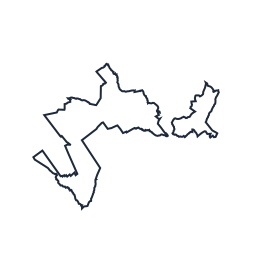 Sanctórum de Lázaro Cárdenas, Tlaxcala, Mexico (Albers equal-area conic projection), rotated 224°
{"feature_id": "50627088B96340121149658", "entity_name": "Sanctórum de Lázaro Cárdenas", "entity_type": "district", "adm_level": 2, "iso_a3": "MEX", "parent_name": "Mexico", "parent_adm1": "Tlaxcala", "projection": "albers", "projection_center": [-98.463, 19.523], "detail": "fine", "context": "isolated", "style": "outline", "palette": "slate", "viewbox_px": 256, "rotation_deg": 224, "n_neighbors": 0, "source": "geoboundaries", "source_scale": "gbopen_adm2", "svg_char_len": 5861}
<svg xmlns="http://www.w3.org/2000/svg" viewBox="0 0 256 256"><g transform="rotate(224 128 128)"><path d="M103.9,49.9L105.5,51.6L105.6,52.4L106.4,54.3L106.9,55.3L107.1,56.0L107.5,56.5L107.9,58.0L108.6,58.5L109.1,59.9L110.7,61.6L111.1,63.4L111.5,63.7L111.8,64.5L112.6,65.4L113.3,66.1L113.8,66.3L114.4,67.1L115.1,67.7L115.3,68.0L115.2,68.7L115.6,68.5L117.7,73.1L120.2,79.9L152.7,87.2L150.0,105.4L150.5,107.6L150.4,113.5L149.8,114.7L142.0,113.3L139.9,116.4L138.2,120.8L137.4,122.5L132.5,121.9L128.1,120.9L126.7,124.2L125.9,123.9L123.9,130.8L123.3,132.5L122.4,132.6L122.3,133.2L121.6,133.5L121.7,133.9L121.2,134.5L121.2,134.9L120.8,135.6L119.4,135.6L117.8,136.3L117.8,136.7L117.0,137.0L116.4,137.0L116.2,136.6L115.5,136.9L115.0,136.9L114.4,137.7L114.0,137.6L113.8,137.8L113.7,138.0L114.0,138.8L113.0,139.2L112.8,139.7L112.6,139.7L111.7,140.9L111.3,140.7L110.9,140.8L111.0,141.2L110.1,140.9L109.9,141.2L108.5,141.3L108.1,141.6L106.9,141.3L106.2,141.6L105.5,141.5L103.5,141.8L102.6,142.1L101.4,142.8L100.9,143.4L100.6,144.1L100.0,144.6L99.8,145.0L99.7,146.1L99.4,146.7L98.3,147.3L97.4,147.6L96.3,148.7L96.1,148.7L95.7,148.5L94.9,148.6L94.2,149.1L94.0,150.0L94.6,150.1L95.2,150.6L95.6,150.6L96.2,150.2L97.3,150.6L97.7,150.2L98.1,150.1L104.5,151.2L109.5,151.8L110.9,154.2L111.5,157.0L111.9,155.9L116.0,155.6L114.9,158.8L115.4,158.8L117.4,159.9L115.8,161.1L116.8,161.7L117.8,161.3L118.8,160.2L119.1,160.4L119.7,162.6L120.1,163.3L120.9,164.0L122.0,164.3L123.6,164.3L126.8,164.0L127.7,163.2L128.2,162.1L129.7,160.9L130.0,160.9L130.6,160.4L130.8,159.7L131.1,160.0L131.7,160.0L132.2,160.8L132.7,161.3L133.3,161.6L133.6,161.5L134.5,162.4L135.0,162.5L136.1,162.5L137.2,163.4L138.0,163.0L139.2,163.1L140.8,163.7L141.2,164.1L142.6,164.9L144.1,165.0L144.7,163.3L145.2,163.3L145.5,162.4L148.3,158.4L149.2,159.6L149.4,159.2L150.1,158.9L151.4,157.5L153.0,154.9L153.9,154.0L154.8,152.5L156.3,151.9L157.1,150.9L157.8,150.4L160.1,150.2L161.4,150.3L162.1,150.8L163.4,151.2L164.1,151.8L165.2,152.8L167.5,153.5L168.4,155.1L169.6,155.9L170.0,156.8L171.1,157.0L171.2,157.5L171.4,157.7L172.0,157.9L173.1,157.8L173.5,158.6L174.1,158.1L174.9,158.3L174.8,157.9L175.3,157.3L175.9,157.1L176.2,157.5L177.0,157.4L177.4,157.7L177.5,158.2L178.3,158.0L179.3,158.2L180.2,157.9L181.3,158.3L182.6,158.3L185.3,159.4L185.7,159.2L186.4,159.9L187.0,159.3L187.9,159.4L188.1,158.9L187.8,157.3L188.0,156.4L187.5,156.1L187.7,154.4L188.6,153.0L189.9,146.7L188.8,146.5L175.4,145.3L175.3,144.6L175.6,144.2L175.5,143.9L175.9,143.5L176.4,142.6L176.0,142.2L176.0,140.7L176.6,139.3L168.4,130.5L166.9,123.3L166.8,122.3L172.3,118.8L172.9,119.2L173.5,119.2L174.0,118.9L174.6,119.0L174.9,118.7L176.9,118.4L178.1,118.0L179.3,117.2L180.2,116.0L181.0,115.6L182.4,115.5L182.9,115.0L184.1,114.6L185.4,113.7L185.5,113.1L186.4,112.5L186.8,112.5L187.5,112.2L188.7,111.3L189.5,111.0L190.0,110.4L190.1,109.8L190.4,109.7L190.5,108.8L191.0,108.6L191.1,108.1L191.8,107.6L191.4,107.5L189.0,108.4L188.9,107.7L187.7,106.7L189.1,104.2L189.1,102.9L190.2,101.2L186.9,97.8L186.4,96.9L190.8,93.0L190.8,92.2L190.0,89.7L197.2,79.1L171.2,75.1L170.8,75.7L170.0,75.3L169.7,76.2L162.3,75.3L161.3,75.6L157.4,76.0L158.7,75.2L160.1,73.9L160.9,71.5L152.5,67.9L132.6,59.8L132.9,57.7L135.6,58.7L135.9,53.8L137.6,54.1L138.0,50.8L139.7,51.1L139.9,49.5L141.1,49.7L141.4,47.6L142.2,47.8L143.0,46.5L173.9,52.3L175.8,41.3L173.1,40.5L157.8,43.6L154.5,43.2L153.4,43.4L150.9,43.4L150.2,43.5L149.3,44.0L148.3,44.2L147.9,45.1L146.3,44.8L146.2,43.6L145.9,42.5L145.6,42.2L144.6,42.0L144.0,41.2L143.6,41.2L143.1,41.6L141.2,41.4L140.8,41.0L140.3,40.2L139.7,40.0L138.2,40.1L136.8,39.8L136.4,39.9L135.6,40.9L134.0,40.8L132.7,42.0L132.3,41.8L131.8,42.0L131.3,41.8L130.5,43.4L130.2,43.5L129.5,43.2L128.5,43.7L128.1,43.5L127.6,42.9L126.8,43.2L126.3,42.9L126.1,43.7L125.9,44.0L125.7,44.0L125.3,44.0L124.8,43.5L123.5,43.3L123.1,43.0L122.5,43.2L121.9,43.0L121.7,42.7L120.0,42.7L119.6,42.3L119.1,42.2L118.2,41.6L116.7,40.5L115.4,40.1L115.1,40.0L114.4,40.5L113.9,40.5L112.0,40.0L110.8,39.3L110.1,39.9L109.6,40.1L108.4,40.1L107.5,40.5L107.5,39.9L107.2,40.1L105.2,38.2L105.2,40.5L104.7,41.6L103.3,43.2L103.0,43.9L104.5,47.3L104.5,49.0L103.9,49.9ZM89.3,217.8L89.6,217.3L90.2,216.7L91.2,215.2L91.0,214.8L91.4,213.5L91.6,213.4L91.9,213.4L92.8,214.5L93.3,214.8L95.2,215.1L96.3,215.2L97.5,215.0L100.0,213.8L102.0,215.0L103.7,214.7L103.1,214.4L102.7,214.0L100.7,210.7L98.9,206.1L97.9,205.0L97.5,204.3L97.6,202.6L98.2,200.7L99.3,200.8L99.9,200.5L101.7,198.7L101.9,198.3L101.7,197.6L100.2,195.5L97.9,194.3L100.8,191.0L99.1,189.7L98.2,189.3L97.4,187.8L97.5,186.5L96.9,186.0L96.8,185.5L91.2,186.4L91.9,183.5L92.0,181.8L91.4,178.9L92.6,177.1L92.6,176.0L93.3,175.6L93.4,175.3L94.7,175.2L95.8,174.7L95.8,174.3L96.3,173.4L96.7,171.7L97.7,169.8L99.4,168.3L100.7,167.8L101.2,167.0L101.0,165.9L101.1,165.5L100.2,162.3L99.6,162.1L98.8,161.4L97.5,161.3L96.6,160.8L95.6,160.7L95.1,160.1L94.0,159.6L93.8,159.3L93.5,159.0L93.4,158.0L92.8,157.2L92.3,155.9L92.3,155.1L91.7,154.9L91.2,154.9L90.7,155.3L90.2,155.3L89.7,155.6L89.6,156.1L89.0,156.5L88.7,156.4L88.2,156.7L87.3,156.5L86.4,156.9L86.1,157.2L85.2,157.1L84.5,158.3L83.8,158.5L82.6,159.7L82.4,161.0L80.8,160.9L80.7,162.0L80.9,162.2L80.6,163.7L80.8,164.8L80.4,166.4L80.6,166.8L80.4,167.3L80.4,168.6L79.8,168.9L79.5,169.7L79.0,169.9L80.7,171.6L80.2,172.1L79.6,172.0L78.9,172.4L77.2,171.8L75.9,171.9L73.1,171.0L72.1,170.3L72.0,172.1L71.5,175.9L70.7,178.7L69.8,179.5L66.8,178.8L64.6,181.2L63.8,179.2L62.5,179.0L62.7,178.4L62.2,178.3L61.7,181.4L59.8,181.1L58.8,182.4L60.1,186.2L61.7,185.9L65.7,184.8L76.2,186.2L76.6,187.7L77.2,188.5L77.3,189.0L77.7,189.6L78.0,191.4L78.5,192.0L78.7,193.3L79.5,194.3L79.9,195.4L79.9,197.3L79.7,197.8L80.1,198.8L80.3,199.0L81.4,202.1L81.5,203.5L82.0,204.3L82.2,205.1L82.1,206.0L83.9,208.3L85.1,209.3L85.4,209.8L86.1,211.5L86.3,212.9L87.5,216.7L88.6,217.2L89.3,217.8Z" fill="none" stroke="#1e293b" stroke-width="2"/></g></svg>